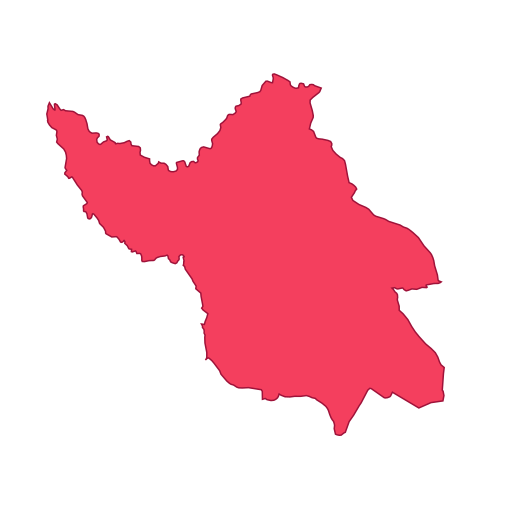 the district of Cuaspud, Nariño, Colombia, rotated 168°
{"feature_id": "7082276B48690619382287", "entity_name": "Cuaspud", "entity_type": "district", "adm_level": 2, "iso_a3": "COL", "parent_name": "Colombia", "parent_adm1": "Nariño", "projection": "robinson", "projection_center": [-77.724, 0.875], "detail": "fine", "context": "isolated", "style": "filled", "palette": "rose", "viewbox_px": 512, "rotation_deg": 168, "n_neighbors": 0, "source": "geoboundaries", "source_scale": "gbopen_adm2", "svg_char_len": 6113}
<svg xmlns="http://www.w3.org/2000/svg" viewBox="0 0 512 512"><g transform="rotate(168 256 256)"><path d="M426.2,448.9L428.3,445.8L428.8,443.2L431.1,438.4L431.4,432.1L431.7,431.9L431.8,430.2L430.8,427.2L429.0,424.0L425.7,421.3L424.9,420.3L424.9,418.9L426.2,415.5L426.0,411.7L427.3,408.9L426.5,407.2L421.8,400.7L420.7,397.2L420.6,393.9L421.0,390.7L424.4,382.2L424.3,381.3L423.3,379.1L425.6,377.2L426.0,375.9L423.6,372.7L423.0,370.9L422.3,370.8L419.9,371.7L419.2,371.2L416.0,362.6L412.9,356.4L412.6,354.7L413.3,352.6L413.2,350.9L409.9,343.4L410.6,342.4L414.4,341.0L414.8,340.0L414.9,337.9L415.3,335.9L415.0,335.3L413.5,334.8L413.1,334.2L412.6,332.4L412.7,328.5L412.5,327.7L411.4,326.9L410.1,327.0L408.7,328.2L407.3,331.1L406.7,331.3L405.8,330.5L403.6,326.3L402.5,323.5L402.2,320.3L399.4,316.1L398.9,314.8L398.0,311.5L398.3,309.6L398.0,308.9L393.1,304.6L388.7,304.0L387.9,303.4L386.5,300.8L385.6,297.9L385.0,297.4L383.8,297.4L382.6,298.0L382.1,298.6L381.7,298.6L381.2,297.2L381.7,295.6L379.8,292.9L378.9,289.7L378.6,289.3L376.3,288.4L377.0,286.2L376.2,285.7L372.9,286.0L372.4,285.4L372.0,283.2L369.2,282.7L368.4,282.2L367.9,279.8L368.1,277.8L368.6,275.6L368.4,274.3L366.3,273.7L361.6,273.7L356.9,272.9L355.9,273.3L354.3,274.6L352.8,275.1L349.8,275.4L345.0,275.0L343.1,275.3L342.6,275.2L342.1,274.2L342.2,271.6L341.2,270.3L340.7,268.0L339.4,266.9L336.6,265.3L334.9,265.8L333.5,267.4L332.3,268.2L331.8,269.0L331.5,271.5L329.6,272.8L328.0,272.6L327.4,272.3L326.6,270.9L326.4,270.3L326.6,270.0L327.5,269.9L327.4,266.0L327.8,265.6L328.4,263.2L329.1,262.0L328.0,260.6L327.9,257.8L323.3,246.9L322.9,244.4L320.8,239.0L321.7,236.5L317.7,231.2L318.1,227.9L318.3,218.9L318.5,217.7L320.0,216.3L319.0,214.2L315.1,209.6L317.0,205.9L319.3,202.6L320.7,199.8L323.5,200.8L322.9,198.7L323.2,197.2L322.2,195.0L322.3,193.2L322.8,191.4L322.3,189.2L323.0,187.1L324.0,181.5L324.2,171.8L325.2,167.1L325.9,165.9L327.1,164.8L325.0,166.1L323.8,166.2L323.1,165.7L320.9,162.8L319.4,160.0L315.4,151.4L314.8,147.6L310.5,139.7L308.6,137.2L307.2,135.8L304.8,134.5L302.0,131.7L300.4,130.7L297.0,129.8L290.7,128.8L278.6,124.1L278.0,122.3L279.5,114.5L276.6,114.7L275.1,113.2L271.4,111.5L268.5,111.2L266.5,111.7L264.6,112.7L263.4,113.9L262.1,116.2L260.4,114.6L256.9,112.3L252.1,111.1L247.2,110.7L241.8,109.5L235.7,109.0L233.1,107.6L230.7,105.8L227.6,104.4L226.6,102.8L222.2,98.5L218.9,94.4L217.8,91.9L217.3,90.0L216.8,85.5L216.2,82.2L215.5,80.1L214.5,78.0L214.3,75.3L214.4,73.8L215.4,70.8L215.3,65.2L213.8,64.2L211.7,63.3L209.9,63.1L206.9,64.6L205.3,65.0L199.3,74.7L193.7,79.9L186.0,88.3L183.7,90.5L174.6,101.5L172.2,102.9L170.8,102.3L160.1,90.8L159.1,90.3L156.9,90.1L154.4,90.5L153.4,91.2L150.9,94.4L128.3,73.5L115.3,76.2L103.3,75.4L101.2,80.4L101.1,84.9L101.7,86.0L97.1,102.0L95.1,107.8L97.6,111.0L98.5,114.0L99.2,119.3L100.7,124.1L103.8,128.9L108.4,134.8L113.3,143.3L116.1,148.8L118.4,154.7L120.7,162.2L124.1,168.8L127.2,173.1L126.4,177.2L126.9,183.3L126.7,184.5L126.1,185.9L125.7,188.6L126.1,190.2L127.5,192.0L128.7,195.0L129.6,196.3L127.0,196.2L125.2,194.7L124.2,194.3L119.6,194.3L119.0,194.0L118.1,192.3L116.4,190.7L114.2,190.8L110.4,191.4L105.7,190.0L100.2,190.8L95.7,189.6L95.1,190.0L95.8,191.3L95.6,192.2L95.2,192.3L87.7,192.1L83.4,191.3L81.2,191.7L80.2,192.2L82.6,193.8L82.9,194.7L82.5,199.7L83.3,209.2L83.1,214.5L83.4,217.8L84.1,221.0L84.9,222.9L89.6,231.0L93.3,240.2L97.8,246.5L101.0,250.3L102.6,251.8L105.8,253.7L108.6,256.3L118.9,262.2L121.7,264.8L123.4,266.0L130.6,270.0L132.2,271.5L132.9,272.6L136.0,278.3L138.5,280.7L144.6,285.0L149.7,290.2L150.5,293.6L146.6,297.4L145.3,299.2L143.6,300.5L144.2,302.7L145.6,304.8L147.2,306.6L149.7,308.4L149.8,314.9L149.4,327.2L149.6,330.9L151.1,333.3L153.2,335.0L156.4,339.0L158.9,343.3L159.7,347.3L158.8,348.8L158.5,350.2L159.2,352.5L161.6,354.1L166.9,356.5L170.4,357.6L172.3,358.7L172.8,359.8L173.8,365.9L175.5,367.9L177.4,369.2L174.8,374.7L171.3,379.6L170.8,381.4L170.7,386.4L171.3,394.5L170.6,397.3L167.5,399.3L160.6,402.7L159.5,403.5L157.3,406.7L163.4,410.5L164.2,411.6L165.7,412.2L167.7,412.4L169.0,411.2L170.2,410.7L172.2,410.9L173.2,411.7L173.7,414.5L176.0,415.6L177.2,415.6L177.8,415.1L178.8,413.5L179.4,411.7L181.9,411.7L183.1,412.2L184.8,413.5L186.3,415.1L186.8,416.4L186.6,419.3L188.0,420.8L192.5,424.8L198.1,428.9L200.3,430.3L201.7,430.3L202.3,429.6L202.1,427.1L202.3,425.7L203.8,422.1L205.2,422.5L208.5,424.7L210.0,424.9L214.5,421.5L216.9,417.0L218.1,415.9L220.5,415.5L226.8,415.5L227.8,415.1L228.9,413.6L236.2,413.4L238.2,412.7L238.5,411.5L238.6,408.8L239.1,407.7L241.5,406.7L244.4,406.7L245.3,405.8L245.7,404.4L245.3,401.5L246.3,400.3L249.1,399.1L252.3,400.0L253.5,400.0L254.6,399.2L256.0,396.9L257.3,395.8L260.5,393.7L263.2,392.5L263.6,391.9L263.7,389.0L265.2,386.2L268.2,383.7L273.2,381.0L275.0,379.5L275.3,378.3L275.1,374.9L276.0,372.5L277.1,371.0L278.0,370.5L279.1,370.7L284.5,373.6L286.6,373.5L288.1,372.8L289.2,371.3L290.0,369.7L290.5,366.4L292.7,364.5L293.1,363.1L292.8,361.2L293.6,360.2L295.6,359.7L296.3,360.0L297.4,361.5L299.4,361.7L301.0,361.0L303.0,358.0L303.7,357.6L304.7,357.5L305.6,358.2L306.1,362.7L306.9,364.1L308.3,364.4L314.1,364.0L314.4,363.8L314.6,363.1L314.4,358.8L314.8,357.0L316.6,355.7L319.5,355.6L321.9,356.3L323.6,357.7L323.9,358.5L323.7,361.8L325.0,364.3L326.5,365.8L329.7,366.6L331.6,368.3L332.3,367.0L335.7,365.1L337.5,365.5L339.3,367.0L340.4,368.8L340.3,371.3L339.9,373.1L344.7,375.8L348.2,378.8L347.9,381.5L347.0,383.4L346.7,385.8L348.0,387.5L354.5,389.7L355.0,391.5L354.8,393.5L356.0,395.2L358.2,395.0L361.4,394.2L365.8,394.3L368.0,395.0L369.9,394.9L370.2,395.2L370.2,396.2L374.4,399.9L375.6,403.4L376.2,403.9L377.4,403.6L377.3,400.8L378.1,399.8L381.4,399.3L384.8,397.5L385.6,397.6L386.7,398.4L387.8,400.3L387.6,403.2L386.5,404.6L384.7,405.7L384.2,407.1L384.3,408.1L385.1,408.9L386.7,409.6L390.8,410.2L392.2,411.3L393.3,412.8L394.0,415.3L393.8,420.5L394.2,424.9L394.7,427.2L395.5,428.7L396.7,429.7L400.7,431.3L403.7,434.5L405.1,435.5L412.2,437.7L413.8,439.2L416.3,439.0L417.2,440.3L419.1,445.2L420.7,446.7L421.5,446.5L421.7,446.1L422.1,441.3L422.4,440.6L422.8,440.8L423.9,442.3L426.2,448.9Z" fill="#f43f5e" stroke="#9f1239" stroke-width="1.5"/></g></svg>